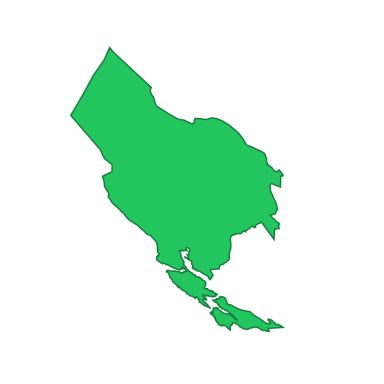 the district of Hemnes nor, Nordland, Norway, rotated 224°
{"feature_id": "86288312B41330497985738", "entity_name": "Hemnes nor", "entity_type": "district", "adm_level": 2, "iso_a3": "NOR", "parent_name": "Norway", "parent_adm1": "Nordland", "projection": "robinson", "projection_center": [13.774, 66.006], "detail": "fine", "context": "isolated", "style": "filled", "palette": "green", "viewbox_px": 384, "rotation_deg": 224, "n_neighbors": 0, "source": "geoboundaries", "source_scale": "gbopen_adm2", "svg_char_len": 6041}
<svg xmlns="http://www.w3.org/2000/svg" viewBox="0 0 384 384"><g transform="rotate(224 192 192)"><path d="M170.0,118.7L163.7,119.7L163.4,119.9L163.1,120.8L161.8,121.6L160.1,121.9L159.5,122.5L156.5,123.5L153.0,124.3L151.8,125.2L149.5,125.9L146.6,127.6L146.4,128.0L146.8,128.9L145.8,129.8L145.1,130.0L145.7,130.6L146.8,130.8L146.7,131.1L146.9,131.2L146.3,132.0L140.9,131.1L142.4,129.0L142.5,128.6L141.9,128.0L144.0,126.1L145.9,125.7L147.3,124.9L148.3,123.8L150.1,123.1L150.3,122.1L151.0,121.5L150.9,121.1L153.5,120.0L155.1,118.6L154.9,118.5L155.2,118.2L154.8,117.7L155.3,117.4L155.0,116.8L153.2,117.4L150.9,116.7L149.1,115.3L147.7,115.0L146.6,115.2L144.3,114.8L144.0,114.4L140.6,114.2L137.5,114.8L137.0,114.7L137.2,114.1L135.8,113.9L135.3,114.0L135.9,114.5L135.2,115.0L132.0,114.7L131.7,114.7L131.9,114.9L129.9,114.9L127.3,116.0L125.6,115.9L125.3,115.4L126.0,115.4L125.3,115.3L124.7,115.4L125.2,115.5L124.9,115.8L123.6,116.0L121.6,115.8L119.0,117.5L115.7,117.8L115.5,118.1L116.5,118.6L116.1,119.3L114.8,120.1L113.7,120.1L112.9,119.2L111.7,119.6L110.6,117.9L109.2,118.5L105.5,118.6L99.0,120.9L99.4,121.0L99.2,121.2L102.0,121.4L102.6,121.5L101.1,121.4L102.5,121.7L109.1,121.7L109.6,122.1L109.7,122.7L107.5,124.1L106.7,124.2L107.2,124.8L106.5,125.0L110.7,125.0L111.8,124.7L112.0,125.0L111.7,125.4L112.7,125.9L110.1,126.5L109.7,127.0L110.2,127.5L110.1,127.9L108.9,128.1L108.6,128.2L108.5,128.7L107.2,128.9L105.4,130.5L104.3,130.6L103.9,132.2L102.6,133.3L102.7,133.7L103.0,133.7L102.9,134.6L103.5,134.6L102.9,135.7L104.8,135.5L105.9,134.6L107.8,134.5L108.2,134.8L108.1,135.0L108.9,134.8L109.5,134.3L110.1,134.2L110.2,133.5L109.9,133.2L111.4,133.3L112.3,132.7L112.9,132.7L113.6,133.2L114.2,132.9L114.6,132.0L115.3,131.8L115.2,131.3L115.4,131.2L116.3,131.7L117.1,132.7L117.1,133.3L118.7,136.2L120.3,136.8L121.5,136.7L122.6,136.0L125.3,136.1L128.0,135.8L129.0,134.4L130.3,134.1L131.1,134.0L131.9,134.6L132.3,134.2L134.6,133.5L136.3,133.8L136.7,133.3L139.8,132.9L147.4,134.0L148.8,134.8L148.6,135.6L149.6,136.3L154.9,137.8L155.4,138.5L158.0,140.1L160.1,140.8L160.0,141.4L158.9,142.1L159.2,143.0L159.0,143.3L157.6,143.4L157.0,144.5L155.8,145.3L155.7,145.9L155.0,146.5L157.2,147.2L157.3,148.0L156.1,149.3L153.8,149.1L152.3,147.5L152.8,146.6L152.4,146.6L150.6,144.6L151.9,143.6L149.9,143.0L149.6,142.2L148.7,142.3L147.7,141.4L150.9,140.4L151.3,140.5L151.0,140.7L151.6,140.7L151.9,140.3L152.6,140.1L150.6,140.3L146.0,141.6L145.6,141.4L144.9,141.9L143.8,141.7L143.3,141.5L142.4,140.0L140.5,139.7L139.8,138.8L139.3,138.8L139.0,137.7L136.9,137.8L136.2,138.7L135.7,138.7L135.9,138.9L134.8,138.9L134.7,138.6L133.5,138.8L133.2,139.0L133.1,139.5L131.2,140.4L125.5,141.4L124.6,142.0L122.7,142.3L119.6,141.9L119.5,141.5L118.1,141.6L119.0,146.6L124.5,148.4L124.1,150.0L119.2,155.4L121.2,158.9L119.1,162.3L119.5,163.3L118.6,165.2L118.4,169.1L120.3,171.6L122.3,173.3L123.4,175.4L124.3,176.1L124.1,177.2L127.0,180.7L132.4,185.3L133.3,188.2L130.8,193.0L129.8,194.3L128.0,195.9L127.8,200.4L126.1,200.3L125.9,204.1L125.4,205.8L125.5,209.0L122.2,209.9L121.9,210.9L122.9,211.7L123.0,212.9L122.4,215.3L121.4,217.2L121.1,218.6L100.1,214.9L106.5,222.2L105.5,224.9L104.0,225.7L104.1,226.4L106.7,228.1L106.7,229.8L108.9,229.9L110.2,229.3L114.5,229.6L116.0,229.3L119.7,229.8L118.9,230.6L117.1,233.9L118.5,238.8L121.5,241.0L125.6,243.1L129.8,244.5L132.7,246.1L134.0,246.3L136.1,247.3L141.0,251.3L140.5,253.4L131.8,257.0L138.8,264.5L139.0,265.3L137.8,266.6L138.2,267.4L144.4,268.4L144.7,268.3L145.0,267.3L144.4,266.8L144.7,265.8L145.5,265.1L147.4,264.4L149.3,264.3L150.6,264.9L153.8,264.7L157.1,264.0L157.4,265.0L160.4,265.9L160.4,266.6L161.1,267.4L165.3,269.7L167.4,270.1L172.7,268.5L176.6,266.9L179.2,266.4L185.2,263.7L192.0,265.6L197.8,266.5L201.6,266.7L211.6,265.9L219.1,264.3L225.0,262.0L228.7,259.5L229.6,258.7L231.7,254.4L240.8,247.3L240.5,245.9L238.5,242.9L238.6,241.9L239.8,240.7L248.0,238.0L250.9,235.6L253.4,234.4L263.5,231.9L277.0,229.2L279.2,229.7L285.6,233.5L289.3,234.1L291.5,235.2L292.8,236.0L293.9,238.9L345.7,237.9L351.5,238.7L346.9,226.0L344.0,207.7L338.2,186.8L332.4,162.9L287.5,158.8L282.9,156.9L277.8,155.3L268.4,156.2L263.6,151.0L267.3,141.1L262.4,138.5L258.9,135.3L251.2,133.3L249.3,131.7L249.4,130.8L248.4,130.3L244.8,129.7L243.2,129.0L240.0,128.8L232.2,129.2L228.6,128.8L226.9,129.2L219.9,128.2L217.2,128.3L207.7,130.4L203.5,130.2L199.7,130.6L195.6,130.3L191.9,131.9L182.8,131.4L178.3,128.4L178.2,127.6L176.7,127.0L176.9,126.7L175.1,125.0L172.2,124.4L172.5,122.1L171.6,122.0L172.2,120.6L170.0,118.7ZM94.2,138.7L97.1,138.0L98.8,136.0L99.1,136.0L99.2,135.6L98.6,134.9L98.9,134.9L98.5,134.2L99.0,133.4L99.5,133.1L99.6,132.3L100.1,132.1L99.5,131.5L100.3,130.5L100.6,130.5L101.0,129.3L101.8,128.8L101.8,128.5L100.6,128.9L99.4,128.8L97.1,129.6L95.0,129.1L93.7,129.2L93.6,128.8L91.3,128.8L91.4,129.0L89.3,128.8L89.2,129.6L86.0,129.9L85.9,130.4L84.9,130.9L81.3,131.0L80.2,131.5L79.7,131.2L78.6,131.3L76.1,132.1L74.9,131.3L73.5,131.3L73.5,131.1L70.0,131.4L71.1,130.8L74.8,130.5L77.3,130.9L77.9,130.4L80.1,130.3L81.6,129.3L81.8,128.8L83.1,128.3L84.1,127.1L86.3,126.5L88.7,126.4L91.5,125.7L92.4,126.0L92.3,126.3L92.8,126.5L93.8,125.9L93.9,125.5L94.4,125.5L95.2,124.3L95.1,124.0L96.0,123.4L94.7,121.9L94.4,122.0L94.5,120.2L94.0,120.1L94.2,119.6L94.6,119.5L94.6,119.1L92.1,119.3L94.9,118.3L95.0,117.8L93.1,117.5L89.6,118.1L89.6,117.8L88.3,117.6L88.5,117.3L86.6,116.9L86.1,116.7L86.2,116.4L84.1,115.8L79.8,115.3L78.4,116.0L78.4,116.6L78.1,116.6L78.3,116.8L77.2,117.3L77.5,117.8L76.4,118.1L75.5,119.0L68.7,119.1L68.8,119.6L71.8,122.6L71.0,123.3L71.0,124.7L71.8,125.8L71.9,126.4L71.6,126.7L67.1,128.5L63.7,128.4L59.0,129.9L59.2,130.2L58.1,131.1L56.7,131.5L55.4,134.8L52.8,138.8L50.7,140.2L44.8,141.5L44.0,142.8L41.7,143.6L40.8,144.7L39.8,145.2L39.7,145.5L40.0,145.7L42.6,146.7L32.5,157.8L35.1,157.5L38.1,156.5L39.2,155.3L45.4,155.1L47.0,154.7L48.6,153.5L48.7,152.9L45.2,152.4L44.3,151.7L45.1,150.6L46.4,150.0L47.3,148.9L52.9,148.3L62.4,146.3L66.9,146.2L75.3,140.9L81.4,138.7L84.9,138.0L88.7,136.0L94.2,138.7Z" fill="#22c55e" stroke="#15803d" stroke-width="1.5"/></g></svg>